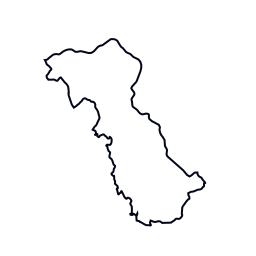 Košický, orthographic projection, rotated 234°
{"feature_id": "SVK-1057", "entity_name": "Košický", "entity_type": "Region", "adm_level": 1, "iso_a3": "SVK", "parent_name": "Slovakia", "parent_adm1": "", "projection": "orthographic", "projection_center": [21.122, 48.674], "detail": "fine", "context": "isolated", "style": "outline", "palette": "ink", "viewbox_px": 256, "rotation_deg": 234, "n_neighbors": 0, "source": "natural_earth", "source_scale": "10m", "svg_char_len": 5417}
<svg xmlns="http://www.w3.org/2000/svg" viewBox="0 0 256 256"><g transform="rotate(234 128 128)"><path d="M231.7,100.8L231.5,101.1L230.9,102.8L230.9,104.0L231.1,105.1L231.3,110.0L231.2,111.0L230.5,112.6L229.7,113.8L228.8,114.6L228.1,115.5L227.9,117.4L228.0,120.5L227.5,123.6L226.4,126.3L224.9,128.3L223.7,129.1L221.2,129.9L220.1,130.8L219.4,131.8L218.4,134.1L217.8,135.1L211.7,140.3L210.3,142.6L210.1,145.5L211.3,151.4L211.0,153.6L210.0,156.0L210.0,166.3L208.3,168.7L206.6,170.0L204.8,170.6L199.1,170.1L197.4,170.2L195.6,170.8L190.7,171.1L189.3,171.7L186.4,173.4L182.3,174.1L177.4,176.7L174.4,176.9L171.4,175.9L168.9,174.1L166.6,171.4L161.2,163.2L160.4,161.7L159.2,155.8L158.3,154.1L156.7,153.8L153.2,153.9L151.7,153.2L151.0,152.2L150.1,149.4L149.5,148.2L148.7,147.4L146.9,146.7L143.7,144.8L142.4,144.4L137.4,146.0L134.2,146.1L132.6,146.4L130.7,147.5L129.9,148.9L129.4,150.4L128.3,152.0L126.9,152.8L125.8,152.3L124.6,151.3L122.9,150.6L119.7,151.3L112.4,154.8L109.9,154.3L108.0,152.4L105.4,151.2L102.6,150.7L100.2,150.8L96.8,150.5L91.6,147.3L88.6,147.0L87.2,146.6L84.4,144.0L83.0,143.3L81.4,143.3L61.3,147.8L55.3,148.2L52.6,149.3L52.5,150.4L52.4,151.6L52.6,154.0L52.7,154.6L52.7,155.1L52.6,155.6L52.5,156.1L51.2,158.0L49.4,157.0L47.3,157.0L46.6,157.2L44.9,158.1L44.1,158.2L42.7,158.0L38.6,158.3L38.2,158.2L38.2,157.8L38.4,157.6L38.6,157.3L38.6,157.1L38.4,156.8L36.7,155.7L36.3,155.3L36.1,154.8L36.1,154.4L36.2,154.1L36.2,153.7L36.1,153.3L35.7,152.6L35.6,152.1L35.6,151.5L35.8,150.6L36.1,149.9L36.4,149.2L37.0,148.4L37.2,147.8L37.9,144.4L38.2,143.6L38.4,143.1L38.7,142.6L38.9,142.3L39.1,141.9L39.3,141.5L39.7,139.6L39.9,138.6L39.9,138.4L39.7,138.2L38.9,137.9L38.1,137.4L37.7,137.3L36.7,137.2L36.0,137.0L35.2,136.5L34.8,136.2L34.7,135.9L34.7,135.6L34.7,135.3L34.8,135.0L34.9,134.8L34.3,132.1L32.4,126.3L31.9,125.3L27.0,121.1L26.8,121.0L25.8,120.8L25.0,120.0L24.7,119.2L24.3,117.5L24.3,116.6L24.4,116.0L24.6,115.6L25.0,115.2L25.5,114.7L25.9,114.2L26.3,113.5L26.3,112.8L26.0,111.4L26.1,110.2L26.1,108.9L26.2,108.5L26.2,108.1L26.1,107.4L26.6,106.5L31.1,99.9L33.3,99.2L34.7,97.9L35.8,95.1L36.5,94.2L37.0,93.7L39.8,91.9L38.5,90.1L37.2,89.7L36.1,89.5L35.9,89.2L35.9,88.9L37.0,87.9L38.2,86.2L38.7,85.7L40.0,84.9L44.1,83.1L44.8,82.5L45.0,82.4L45.3,82.4L45.5,82.5L45.8,82.5L46.2,82.2L47.7,80.8L48.1,80.6L48.3,80.7L48.6,80.9L48.7,81.1L49.3,81.3L51.5,82.7L52.9,84.9L53.3,85.3L53.5,85.4L53.4,85.2L53.1,85.0L53.0,84.7L52.8,84.4L52.7,83.6L52.6,83.3L52.7,83.1L52.9,83.0L55.2,82.2L55.5,82.0L55.5,81.8L55.0,80.9L55.1,80.4L55.4,80.0L56.2,79.2L56.6,79.1L57.1,79.3L57.1,79.7L56.9,80.7L57.1,81.1L57.6,81.6L60.1,83.5L62.3,84.9L64.3,85.1L65.1,85.3L65.6,85.5L65.8,85.9L66.9,87.8L67.5,88.1L68.6,88.2L69.8,88.1L70.7,87.6L71.1,87.4L71.4,87.2L71.9,86.6L71.9,86.3L71.6,85.7L71.6,85.3L71.7,85.1L72.1,84.9L72.7,84.7L74.4,84.6L80.3,85.7L80.6,85.5L80.8,85.4L80.7,85.1L80.2,84.7L79.9,84.4L79.9,84.2L80.0,83.8L80.1,83.3L80.1,82.8L80.1,82.5L79.9,82.0L79.8,81.7L79.9,81.3L80.2,81.2L81.2,81.5L83.5,82.5L84.9,82.9L85.4,83.2L85.5,83.5L85.1,83.9L85.2,84.2L85.5,84.6L86.5,85.1L87.1,85.3L87.6,85.3L90.6,84.7L92.5,86.3L94.4,86.6L97.1,88.4L97.5,88.5L97.6,88.3L97.7,88.1L98.0,87.9L98.6,87.7L99.8,87.5L100.4,87.6L100.8,87.8L101.0,88.6L101.1,88.9L101.1,89.3L101.0,89.7L101.2,90.3L101.7,91.0L103.2,92.5L103.5,92.9L103.5,93.1L103.6,93.5L103.8,93.9L104.3,94.7L104.7,95.1L105.1,95.2L105.4,95.2L105.7,95.1L107.0,94.9L110.6,96.1L112.4,96.4L112.9,96.3L114.6,95.8L115.1,95.8L115.4,95.9L115.7,96.2L116.2,96.4L116.5,96.7L116.8,97.0L117.0,97.3L117.3,97.7L117.7,98.2L118.5,99.0L119.1,99.2L121.0,98.8L122.4,99.3L123.3,99.4L124.0,99.7L124.6,100.2L125.1,100.3L125.6,100.3L126.2,100.0L126.5,100.1L126.7,100.5L126.8,101.0L126.7,101.4L126.1,102.0L125.9,102.2L125.8,102.5L125.2,103.2L125.0,103.5L124.9,103.8L125.0,104.1L125.0,104.5L126.0,106.1L127.8,107.7L128.8,108.2L129.9,108.4L131.2,108.2L131.5,108.1L131.5,107.9L131.4,107.7L130.9,107.3L130.8,107.1L130.7,106.8L130.7,106.5L130.8,106.2L130.9,105.9L131.1,105.7L131.5,105.5L132.0,105.4L133.3,105.4L133.8,105.4L134.9,104.9L136.4,104.7L136.7,104.7L137.1,104.5L137.4,104.2L137.6,103.5L137.9,102.5L138.2,100.6L138.1,100.2L138.0,99.9L137.7,99.3L137.8,99.0L138.1,98.8L139.0,98.5L139.5,98.4L139.8,98.6L140.5,99.1L140.9,99.6L141.1,99.6L141.3,99.4L141.4,98.8L141.5,97.7L141.7,97.4L141.9,97.4L142.0,97.8L142.0,98.1L142.3,98.6L142.7,99.1L143.9,99.7L144.7,99.8L145.4,99.6L145.9,99.3L146.1,99.1L147.4,98.4L148.5,101.2L148.7,101.9L148.8,103.3L149.1,104.2L149.6,105.3L150.1,106.0L152.8,110.9L158.8,113.3L161.3,113.7L162.9,113.6L163.7,113.7L164.4,113.9L166.2,115.3L167.2,115.6L168.1,115.7L168.9,115.5L169.4,115.3L169.8,115.1L170.0,114.9L170.2,114.7L170.3,114.2L171.0,113.7L173.2,113.3L174.7,111.8L176.5,111.2L177.0,110.9L177.4,110.5L177.7,109.7L177.8,109.1L177.8,108.5L177.7,108.0L177.1,106.7L177.0,106.3L176.9,105.9L177.0,105.0L176.9,104.7L176.5,103.2L176.4,102.7L176.4,100.8L176.4,100.4L176.3,100.1L176.2,99.8L176.3,96.2L179.9,96.3L189.0,99.1L190.3,99.8L190.8,100.1L191.1,100.3L191.0,100.5L191.6,101.0L196.0,103.6L198.0,104.1L199.7,104.1L202.6,103.6L208.0,103.4L208.3,103.4L208.5,103.2L208.6,102.8L208.6,102.1L208.3,100.7L207.9,99.4L207.8,99.1L207.8,98.7L207.9,98.4L208.2,98.0L208.4,97.8L210.4,96.9L213.9,92.0L216.4,91.9L218.1,92.8L218.4,93.4L218.5,94.0L218.6,94.5L218.7,95.2L220.2,98.6L220.3,99.5L220.4,100.3L220.8,100.6L221.3,100.8L224.4,100.5L226.8,99.8L227.3,99.7L231.6,100.8L231.7,100.8Z" fill="none" stroke="#020617" stroke-width="2"/></g></svg>